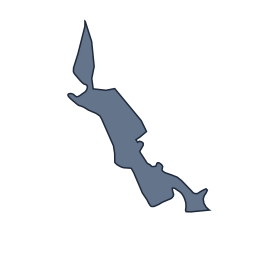 the Province of Quneitra, rotated 147°
{"feature_id": "SYR-145", "entity_name": "Quneitra", "entity_type": "Province", "adm_level": 1, "iso_a3": "SYR", "parent_name": "Syria", "parent_adm1": "", "projection": "albers", "projection_center": [35.916, 33.079], "detail": "fine", "context": "isolated", "style": "filled", "palette": "slate", "viewbox_px": 256, "rotation_deg": 147, "n_neighbors": 0, "source": "natural_earth", "source_scale": "10m", "svg_char_len": 1911}
<svg xmlns="http://www.w3.org/2000/svg" viewBox="0 0 256 256"><g transform="rotate(147 128 128)"><path d="M105.9,241.1L105.8,240.8L111.3,220.5L122.9,198.0L131.4,189.3L135.9,179.8L125.9,171.6L117.7,168.3L112.9,127.0L114.4,115.0L122.9,113.9L127.7,113.9L127.7,110.7L125.6,110.7L124.1,108.9L123.5,107.0L124.7,105.2L126.8,104.1L129.0,103.0L130.8,102.0L131.1,100.2L131.1,95.4L131.1,87.8L129.6,85.3L129.0,82.7L126.8,81.3L125.3,80.9L122.9,82.7L122.0,82.7L120.8,81.7L119.8,79.1L119.8,76.9L122.3,74.4L122.3,72.6L121.1,70.1L116.8,64.6L113.5,59.9L111.7,54.5L108.9,40.0L108.7,38.2L107.7,36.7L105.6,35.2L101.7,35.2L98.1,34.9L95.7,34.5L95.3,32.7L96.3,32.0L98.1,30.9L100.8,29.8L103.5,27.6L105.3,23.7L105.6,19.3L104.7,15.3L104.5,14.9L120.7,23.3L124.8,26.1L124.8,26.9L124.5,27.7L122.5,30.0L120.9,32.6L120.5,33.3L120.0,34.6L119.2,37.3L118.7,40.0L118.6,42.0L118.7,44.0L118.9,44.9L119.3,46.4L121.7,52.0L122.8,53.1L123.5,53.4L124.0,52.8L124.4,52.1L124.9,50.6L125.5,48.7L125.7,48.0L126.0,47.4L126.5,46.8L127.0,46.3L128.5,45.7L129.4,45.5L130.4,45.4L139.3,47.0L143.9,47.2L148.8,48.0L150.4,48.9L151.3,49.7L151.5,50.6L151.6,51.5L151.6,53.6L151.2,57.4L151.3,64.5L151.2,66.6L150.6,69.7L147.5,87.5L147.2,92.3L147.7,92.9L153.2,97.0L154.1,98.0L155.3,99.6L157.1,103.1L157.6,105.0L157.8,106.3L152.9,114.2L150.3,120.1L149.9,120.8L145.2,149.9L145.0,153.4L146.9,157.8L151.4,164.5L151.5,164.8L153.6,169.2L155.3,171.8L156.8,173.5L157.6,175.1L160.1,183.3L160.6,185.9L160.7,187.7L160.3,188.5L159.8,188.9L159.1,188.9L158.4,188.7L157.8,188.4L157.1,188.0L156.5,187.4L156.1,186.8L155.6,186.2L155.3,185.5L154.9,183.8L154.6,183.1L154.2,182.4L153.6,181.9L152.8,181.6L150.9,181.4L144.0,181.7L142.8,182.1L141.6,182.7L140.0,184.1L139.4,185.3L139.3,186.3L139.6,187.1L140.0,187.7L141.0,188.9L141.6,190.7L142.2,193.4L143.4,202.5L143.2,204.6L142.9,205.3L140.9,208.1L129.3,217.7L108.7,236.8L105.9,241.1Z" fill="#64748b" stroke="#1e293b" stroke-width="1.5"/></g></svg>